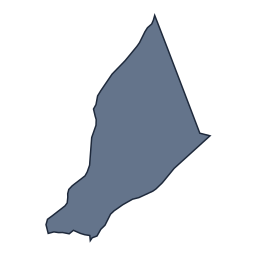 Rodolfo Fernandes, Rio Grande do Norte, Brazil (Natural Earth projection)
{"feature_id": "56859067B55531963216971", "entity_name": "Rodolfo Fernandes", "entity_type": "district", "adm_level": 2, "iso_a3": "BRA", "parent_name": "Brazil", "parent_adm1": "Rio Grande do Norte", "projection": "natural_earth1", "projection_center": [-38.107, -5.85], "detail": "fine", "context": "isolated", "style": "filled", "palette": "slate", "viewbox_px": 256, "rotation_deg": 0, "n_neighbors": 0, "source": "geoboundaries", "source_scale": "gbopen_adm2", "svg_char_len": 771}
<svg xmlns="http://www.w3.org/2000/svg" viewBox="0 0 256 256"><path d="M48.2,233.4L53.9,231.9L58.6,232.6L62.6,232.5L69.2,233.8L73.4,230.3L80.4,233.4L84.7,234.7L89.8,235.5L90.3,240.6L92.2,237.8L97.0,236.0L100.8,229.3L105.0,225.2L110.5,214.2L114.1,210.8L122.8,204.7L132.5,199.2L138.9,197.6L152.9,191.1L156.0,188.9L162.3,182.8L174.1,168.4L210.0,135.8L199.8,133.2L167.7,49.0L157.7,23.1L154.7,15.4L153.4,20.1L151.7,24.0L147.5,27.7L145.0,31.6L139.5,42.7L136.9,46.4L125.2,60.6L112.1,74.1L100.8,90.7L97.6,95.9L96.0,104.6L93.5,109.0L95.2,116.2L96.2,119.6L96.0,125.3L91.7,137.5L89.6,165.2L87.2,172.0L85.0,175.9L72.3,185.7L68.8,189.4L67.7,193.7L67.8,197.2L67.2,202.9L65.0,205.9L52.4,215.7L47.5,219.3L46.0,224.7L48.2,233.4Z" fill="#64748b" stroke="#1e293b" stroke-width="1.5"/></svg>